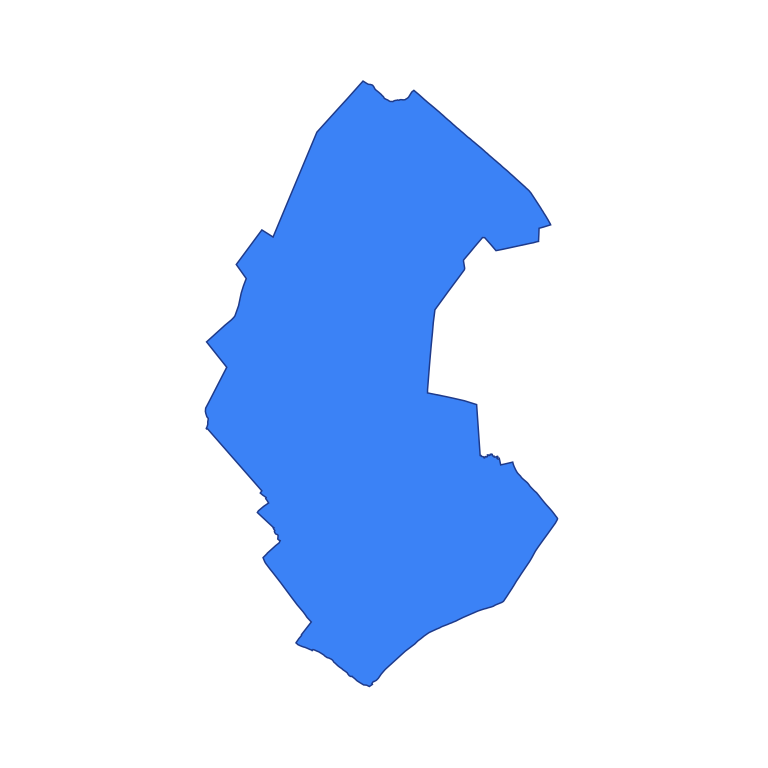 outline of Certesti, Vaslui, Romania, rotated 139°
{"feature_id": "2599482B13375142181874", "entity_name": "Certesti", "entity_type": "district", "adm_level": 2, "iso_a3": "ROU", "parent_name": "Romania", "parent_adm1": "Vaslui", "projection": "orthographic", "projection_center": [27.606, 46.012], "detail": "fine", "context": "isolated", "style": "filled", "palette": "blue", "viewbox_px": 768, "rotation_deg": 139, "n_neighbors": 0, "source": "geoboundaries", "source_scale": "gbopen_adm2", "svg_char_len": 6039}
<svg xmlns="http://www.w3.org/2000/svg" viewBox="0 0 768 768"><g transform="rotate(139 384 384)"><path d="M173.8,390.2L173.2,391.0L172.6,391.5L171.4,392.8L169.1,395.2L164.8,399.8L162.3,398.6L161.1,398.0L153.8,394.8L153.4,396.0L153.2,397.2L152.5,400.4L152.2,402.2L152.0,403.1L151.8,404.3L151.5,406.1L151.3,407.8L151.2,408.3L150.8,410.3L150.7,411.5L150.2,414.3L150.0,415.7L149.8,417.2L148.3,428.0L148.2,428.7L148.0,430.5L147.8,431.1L147.8,432.4L147.7,434.6L147.9,436.7L148.2,438.7L148.2,439.6L148.4,441.3L148.9,445.3L149.8,452.6L150.3,457.2L150.7,459.8L151.1,463.8L152.1,470.1L152.4,473.4L152.7,475.0L152.9,476.4L153.2,478.6L153.7,481.6L153.9,483.2L154.2,485.3L154.6,487.9L154.8,490.3L155.1,491.6L155.3,493.1L155.4,494.3L155.7,496.7L155.9,498.2L156.5,501.8L156.8,503.6L157.4,507.6L157.8,509.6L158.1,512.2L158.4,513.8L158.8,515.4L159.1,517.8L159.6,521.8L159.8,523.0L160.0,524.0L160.3,526.6L160.6,528.3L160.9,529.8L161.3,533.4L161.5,534.4L161.7,536.3L161.9,538.2L162.0,538.9L162.2,540.2L162.5,541.8L162.6,542.8L162.7,543.5L162.9,544.7L163.1,547.0L163.7,551.3L163.9,553.3L164.2,555.0L164.6,557.7L165.0,560.4L166.0,566.3L166.3,568.1L166.6,570.5L166.8,571.6L167.0,573.3L167.3,575.7L167.8,579.7L168.2,582.2L168.8,586.0L169.7,586.0L170.5,586.2L171.7,586.1L173.0,585.7L175.5,584.9L176.2,584.7L176.7,584.5L177.8,584.3L179.5,584.4L180.7,584.7L181.5,584.7L182.1,585.1L183.3,586.0L183.9,586.8L185.3,588.0L186.7,588.4L187.3,589.4L187.9,589.6L189.6,590.7L190.8,591.2L192.0,591.3L192.6,592.0L193.3,592.6L194.0,593.2L194.4,594.2L194.9,596.0L195.5,597.1L195.9,598.2L196.2,598.9L196.3,599.7L196.0,600.9L196.0,601.9L196.2,603.0L196.1,604.1L196.3,605.5L196.6,607.7L197.3,611.7L197.3,612.3L197.0,613.9L196.7,615.0L196.6,616.8L196.8,617.5L198.0,619.3L198.7,619.9L199.2,620.5L199.7,621.8L201.1,626.4L224.6,623.4L237.8,621.9L269.4,618.1L371.3,567.7L375.1,580.4L417.1,571.1L418.8,553.9L420.6,553.0L425.8,550.2L432.1,546.3L442.4,538.5L451.8,533.2L453.6,532.8L457.1,532.5L465.5,532.7L490.3,532.2L491.7,499.8L528.7,485.0L534.4,482.8L536.8,480.5L537.9,478.5L539.2,475.4L539.2,473.9L539.4,473.1L540.2,472.4L541.9,471.0L543.4,469.2L545.6,467.8L546.8,467.3L547.3,467.1L547.4,466.4L546.6,465.8L546.3,383.5L548.9,382.9L548.4,379.6L547.4,375.6L548.5,375.1L548.6,373.3L549.2,369.9L555.1,370.6L562.0,370.7L563.9,370.1L561.7,349.0L561.5,347.9L562.0,348.1L562.4,346.6L562.5,345.1L563.4,344.7L563.8,343.8L564.1,342.4L564.0,341.5L563.3,340.4L563.2,339.3L565.1,337.4L565.9,336.7L565.6,334.7L565.1,333.9L567.4,332.9L571.6,333.1L577.0,333.0L583.2,332.9L583.6,332.7L589.2,332.3L590.6,328.2L591.0,326.1L591.5,318.7L591.6,315.4L592.3,302.4L593.8,282.9L594.4,274.3L594.5,265.1L594.8,261.4L595.1,259.3L595.2,258.3L595.0,252.1L610.8,249.0L611.2,248.3L615.3,247.7L617.9,247.0L620.1,246.5L620.3,246.2L620.1,245.6L620.0,243.9L619.1,241.8L618.1,239.8L617.0,237.9L616.5,237.3L616.1,236.5L615.2,234.7L614.1,232.3L613.7,231.6L613.2,230.8L613.2,230.0L613.0,229.8L612.9,229.8L611.9,230.2L611.2,229.4L610.0,226.7L608.9,224.6L608.1,222.0L607.2,219.0L607.2,218.3L607.1,217.4L606.4,214.8L605.7,213.8L605.3,213.2L605.0,212.5L604.3,210.8L604.1,210.0L604.0,208.8L604.2,207.8L604.3,207.3L604.3,206.6L604.1,205.9L603.7,201.7L603.3,199.6L602.6,196.9L602.4,195.0L602.0,193.7L601.7,192.4L601.4,191.1L601.2,190.2L601.5,189.1L601.5,188.6L601.6,186.7L601.3,185.8L600.9,185.0L600.5,184.6L600.2,184.5L599.9,184.4L599.8,182.9L599.6,182.0L599.4,181.0L599.1,177.9L598.5,175.7L597.4,172.2L597.0,171.0L596.8,170.3L594.7,168.1L593.5,165.3L589.8,164.9L589.6,165.9L588.1,166.3L587.0,166.3L586.5,165.9L584.1,165.4L581.4,165.6L576.4,166.9L570.9,167.7L569.5,167.8L543.2,168.4L531.2,167.6L527.1,167.9L523.2,167.6L519.2,167.5L514.5,167.0L513.0,166.8L505.3,164.6L502.7,163.7L501.2,163.3L499.7,163.0L493.7,160.8L491.7,160.2L489.7,159.4L487.6,158.8L486.0,158.2L485.1,157.9L483.8,157.6L482.5,157.3L480.7,156.8L477.3,155.9L475.8,155.4L463.1,151.4L461.9,151.0L459.2,149.9L457.3,149.1L455.9,148.5L454.0,147.5L452.5,146.9L449.4,145.4L447.1,144.5L445.7,144.3L444.2,143.9L438.4,141.9L436.4,141.6L430.4,143.2L427.7,144.0L420.6,146.0L419.9,146.3L419.3,146.4L413.2,148.4L409.4,149.4L405.3,150.6L390.7,154.5L387.6,155.5L385.1,156.4L381.4,157.8L379.2,158.6L374.7,159.8L366.8,161.7L358.9,163.5L345.9,166.6L343.7,167.4L342.1,168.0L341.3,168.6L341.1,169.8L341.0,171.8L340.9,173.0L340.6,177.6L340.6,179.1L340.6,181.9L340.7,185.8L340.7,188.3L340.6,192.2L340.5,194.5L340.3,198.6L340.2,201.2L340.2,202.0L340.4,203.3L340.6,204.7L340.7,206.2L340.8,208.0L340.9,210.1L340.9,211.2L340.7,212.7L340.6,214.1L340.6,215.5L341.4,221.0L341.6,223.0L341.6,223.6L341.4,224.7L341.5,226.2L341.6,228.2L341.6,229.1L341.5,230.1L341.0,232.6L340.8,233.4L339.9,236.5L339.1,238.6L338.1,240.6L344.4,243.9L349.0,246.4L346.0,251.9L346.5,251.8L347.5,253.2L347.5,253.4L347.5,253.7L347.4,253.8L347.1,253.7L347.0,253.9L346.9,254.1L346.6,254.2L346.3,253.9L346.1,253.8L346.0,254.0L345.9,254.4L345.7,254.8L345.8,255.0L346.1,255.2L346.6,255.3L347.3,255.5L347.6,255.7L347.9,255.9L348.3,256.1L348.7,256.5L348.8,256.8L348.7,257.0L348.3,257.3L349.0,258.1L349.0,258.5L349.1,258.8L348.7,259.4L348.5,259.8L348.5,260.0L348.8,260.4L348.9,260.2L349.1,260.2L349.3,260.6L349.9,261.1L350.0,261.2L350.3,261.1L350.4,260.9L350.5,260.8L351.1,260.8L351.4,261.0L351.8,262.0L352.1,262.4L352.3,262.5L352.6,262.6L352.9,262.1L353.1,261.7L353.6,261.4L353.8,261.4L354.4,261.6L354.7,262.2L354.9,262.5L355.1,262.7L355.5,262.8L355.7,262.7L355.9,262.5L356.2,262.3L356.4,262.2L356.8,262.4L356.9,262.6L357.0,262.8L356.9,263.0L356.7,263.2L356.8,263.9L357.0,264.3L357.7,265.1L358.0,265.7L357.9,266.1L357.7,266.2L357.7,266.5L357.9,266.7L358.3,267.0L358.1,267.3L327.6,307.7L330.3,312.1L334.3,318.6L340.8,327.5L345.8,334.2L357.0,348.7L355.0,351.0L337.7,368.0L331.4,374.1L322.8,382.4L313.6,391.1L306.5,398.0L301.0,402.9L296.9,406.6L274.3,411.8L257.3,415.5L248.4,417.5L247.2,418.4L243.3,424.7L242.5,425.4L230.2,427.3L225.6,428.1L215.5,429.6L213.6,429.9L212.0,428.4L211.9,419.9L212.0,411.2L206.8,408.2L181.5,394.3L178.4,392.5L176.6,391.7L175.0,390.9L173.8,390.2Z" fill="#3b82f6" stroke="#1e3a8a" stroke-width="1.5"/></g></svg>